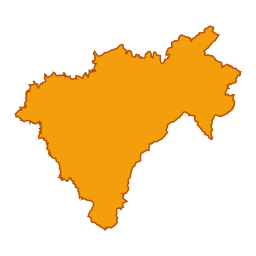 outline of Dam Rong, Lâm Đồng, Vietnam
{"feature_id": "81297802B48811804766969", "entity_name": "Dam Rong", "entity_type": "district", "adm_level": 2, "iso_a3": "VNM", "parent_name": "Vietnam", "parent_adm1": "Lâm Đồng", "projection": "albers", "projection_center": [108.207, 12.042], "detail": "fine", "context": "isolated", "style": "filled", "palette": "amber", "viewbox_px": 256, "rotation_deg": 0, "n_neighbors": 0, "source": "geoboundaries", "source_scale": "gbopen_adm2", "svg_char_len": 5653}
<svg xmlns="http://www.w3.org/2000/svg" viewBox="0 0 256 256"><path d="M88.0,216.4L90.2,217.0L91.2,218.9L91.2,221.1L92.0,222.1L95.1,222.6L97.0,224.7L99.1,225.2L99.5,226.1L103.6,228.4L105.1,229.8L105.7,229.7L105.7,227.9L107.6,228.0L108.7,227.0L111.0,228.0L115.0,225.3L117.2,222.5L117.2,221.2L116.5,219.6L117.7,218.3L116.0,215.1L117.0,213.3L116.5,209.8L117.3,208.4L119.3,208.0L121.0,209.4L121.4,208.0L123.4,207.1L122.6,204.6L122.9,203.2L127.0,201.3L123.4,198.7L122.9,197.5L123.8,195.2L122.2,194.0L126.2,193.1L128.4,189.8L128.5,187.7L127.5,185.5L127.6,184.3L128.6,183.6L128.1,179.6L130.3,177.3L130.7,173.5L131.9,169.2L133.2,166.9L134.5,166.2L135.9,162.7L140.6,160.7L140.4,156.9L141.0,153.5L146.7,150.2L148.9,150.4L149.5,143.9L151.0,144.1L151.5,143.4L153.0,142.9L153.7,141.7L157.5,141.5L159.0,140.1L161.1,139.3L162.8,137.9L167.5,132.5L166.1,130.0L167.5,126.8L167.5,124.9L170.7,122.4L174.0,121.6L175.4,120.2L176.4,119.8L177.9,117.7L179.6,117.6L180.1,116.2L181.5,115.3L183.3,112.3L185.0,111.9L187.8,113.4L189.0,114.3L188.9,115.4L190.6,115.2L194.6,116.0L195.1,116.8L194.5,118.5L194.9,120.3L195.8,121.6L197.4,121.6L197.9,122.1L197.3,124.7L202.1,130.0L202.8,131.5L204.9,132.5L205.3,133.7L204.7,134.2L208.2,135.7L208.6,137.3L211.5,139.6L212.6,138.0L212.5,137.3L211.6,136.7L211.0,131.8L212.5,130.0L210.8,125.4L211.8,124.5L212.3,119.9L213.5,118.6L213.4,117.8L214.2,116.4L215.6,114.8L220.1,116.4L221.8,116.0L227.2,113.5L227.6,112.7L228.3,112.5L228.3,111.9L229.0,111.9L232.1,109.6L232.1,108.5L232.9,108.3L234.2,104.8L234.5,102.3L234.4,101.5L233.3,100.6L233.6,99.6L233.0,99.3L233.2,96.9L234.1,95.7L233.9,94.7L232.6,94.6L230.6,96.0L228.6,95.4L228.4,94.6L227.6,94.2L225.5,94.9L225.1,94.5L225.7,93.9L225.6,91.8L227.2,88.7L228.9,88.4L227.6,87.2L228.2,86.3L227.4,85.5L228.8,85.2L228.7,84.5L229.2,83.9L231.0,84.3L233.6,82.7L234.8,82.9L235.7,82.5L236.4,81.1L235.9,78.4L237.4,77.0L237.5,75.6L238.6,75.3L239.3,75.7L240.1,75.0L240.6,72.2L239.6,72.6L239.8,71.4L237.3,70.3L235.8,68.3L233.5,68.5L231.6,66.2L231.1,66.0L230.3,66.6L229.2,65.8L229.5,65.3L227.0,64.3L222.1,67.2L221.9,66.6L222.4,65.8L221.4,64.1L221.6,62.7L220.2,62.0L217.9,61.6L217.1,60.7L215.6,60.1L214.7,58.3L212.3,55.8L209.4,55.5L208.0,54.7L206.4,55.4L204.6,54.8L204.5,54.0L205.2,53.8L204.8,52.1L203.9,51.0L208.1,47.9L212.5,42.3L215.2,40.4L218.7,34.9L217.4,34.7L212.3,31.4L213.6,28.9L213.5,27.6L212.8,27.0L209.3,26.2L208.4,27.3L205.1,28.9L204.1,30.3L204.7,32.1L202.4,32.9L199.1,32.9L199.0,34.7L196.7,35.5L195.3,37.3L193.2,38.2L191.1,41.3L190.7,40.9L190.9,39.3L190.2,38.0L189.2,38.1L188.0,37.0L186.4,37.0L181.6,35.0L180.8,35.1L179.1,37.1L178.3,40.3L176.7,41.0L175.4,40.7L171.6,42.6L172.0,47.2L169.6,47.8L168.1,48.7L166.1,53.1L166.3,55.4L169.4,54.3L169.5,56.5L167.8,57.5L167.8,58.4L164.8,59.6L164.8,60.8L163.8,62.4L162.0,63.7L161.3,63.4L160.3,60.8L160.4,55.7L157.1,55.3L155.3,52.1L154.2,52.2L153.6,53.0L152.8,57.8L151.2,56.6L151.3,54.3L150.0,51.6L149.3,51.4L148.2,51.7L145.4,54.5L145.2,57.5L142.9,58.1L141.6,57.0L140.4,58.3L140.1,57.0L138.8,56.6L139.4,55.3L138.8,54.8L137.4,55.2L136.4,54.3L135.7,55.0L135.6,56.9L134.8,57.2L132.4,56.4L131.3,51.7L130.3,50.9L128.8,50.5L127.8,50.9L127.1,53.5L125.8,53.5L126.0,49.8L123.6,48.8L123.0,45.0L121.8,44.5L118.6,46.4L117.7,47.8L115.9,48.8L111.5,50.1L107.6,52.3L104.3,52.8L103.2,54.2L100.1,56.0L97.9,55.9L94.5,51.3L93.5,53.9L95.2,56.1L94.8,60.0L94.3,60.9L92.7,60.9L92.3,61.4L93.5,63.4L96.4,63.6L94.8,65.7L94.2,68.3L95.4,70.8L95.0,71.4L94.1,71.5L93.7,70.0L92.4,69.5L91.6,70.7L92.6,71.6L91.0,72.3L89.8,71.4L89.7,70.3L89.2,70.3L89.4,73.6L87.4,75.2L88.6,76.0L88.3,77.0L85.7,74.9L86.2,73.5L85.3,72.8L83.2,76.0L82.9,78.2L78.5,76.2L75.8,75.8L75.8,78.0L76.5,78.8L74.3,78.6L72.1,79.2L70.1,78.2L70.0,76.1L68.5,77.2L66.9,76.0L65.4,76.9L64.7,76.7L64.4,76.0L65.3,76.0L65.3,74.5L64.1,72.9L63.4,73.1L63.6,74.6L61.9,75.6L59.4,75.1L57.4,75.7L56.0,75.4L55.2,73.4L53.2,72.4L52.8,73.8L51.8,74.4L51.3,75.7L48.0,77.0L46.6,76.6L46.0,74.9L44.8,74.3L45.1,77.2L44.5,78.1L45.8,80.6L44.6,82.1L42.8,82.5L42.3,83.7L40.9,83.6L39.0,86.4L38.8,87.9L38.1,87.7L37.4,86.6L37.6,84.1L36.0,84.1L33.9,81.3L33.5,81.8L34.7,83.8L34.0,84.6L29.3,84.9L30.6,86.9L30.2,88.9L28.9,90.0L29.8,91.2L29.1,91.5L27.7,90.7L26.9,91.0L26.2,92.0L27.4,92.5L25.7,94.3L26.8,95.9L25.6,97.8L26.8,100.6L25.5,101.6L24.6,104.3L25.8,105.6L25.9,107.2L25.1,107.6L25.2,106.7L24.7,106.3L22.6,107.8L20.0,107.3L20.1,108.2L21.7,109.9L19.2,110.2L15.4,113.9L16.2,116.9L18.4,116.3L19.3,117.7L20.3,118.5L21.2,118.6L20.9,120.2L22.8,120.4L23.8,121.7L25.2,121.3L25.5,120.6L30.0,120.8L30.2,122.8L30.8,121.9L31.7,121.9L33.3,123.4L34.4,123.0L35.3,124.0L37.7,122.6L38.7,123.2L39.3,121.7L39.8,122.9L40.5,122.3L41.1,122.7L41.2,124.0L40.7,124.3L40.0,123.8L39.8,125.0L41.1,126.4L41.6,128.5L41.2,128.9L40.2,128.1L39.5,128.4L41.0,131.3L39.6,131.8L41.0,132.6L41.2,133.5L40.0,133.1L39.5,133.8L38.7,136.0L38.7,137.7L39.3,138.5L41.2,138.0L43.8,138.1L44.5,139.2L43.7,139.4L44.1,140.1L46.3,140.8L46.5,142.9L48.1,143.0L48.2,143.5L46.8,144.0L47.7,146.8L46.7,148.5L49.5,151.3L48.6,153.5L49.0,153.9L49.8,153.2L49.5,155.6L51.2,155.4L51.8,157.5L55.9,158.7L56.1,160.9L58.7,162.8L59.8,166.6L59.5,168.8L61.0,170.9L60.2,172.3L60.8,173.2L60.8,174.8L59.5,175.2L60.6,176.2L58.9,177.4L62.0,177.7L61.0,179.2L61.4,179.7L62.5,178.7L62.7,180.1L63.6,179.4L65.0,179.4L66.6,181.2L67.8,180.8L69.4,177.9L71.1,178.3L70.7,179.6L72.1,180.4L72.7,181.4L73.6,181.2L73.2,183.4L74.3,183.4L74.3,184.5L76.0,185.3L75.5,187.2L78.5,188.5L77.9,191.0L78.9,191.7L78.8,193.2L79.5,194.7L79.3,196.3L79.6,198.1L81.3,197.2L82.2,197.5L82.3,198.3L81.9,199.1L83.5,198.4L87.1,200.2L90.8,200.7L92.6,201.8L93.6,203.7L93.8,205.0L92.2,207.8L92.0,209.3L89.9,211.5L88.0,216.4Z" fill="#f59e0b" stroke="#b45309" stroke-width="1.5"/></svg>